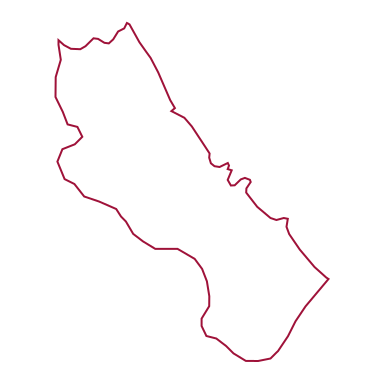 outline of Thongchon, Kangwŏn-do, North Korea
{"feature_id": "82179303B46927697528233", "entity_name": "Thongchon", "entity_type": "district", "adm_level": 2, "iso_a3": "PRK", "parent_name": "North Korea", "parent_adm1": "Kangwŏn-do", "projection": "robinson", "projection_center": [127.81, 38.946], "detail": "fine", "context": "isolated", "style": "outline", "palette": "rose", "viewbox_px": 384, "rotation_deg": 0, "n_neighbors": 0, "source": "geoboundaries", "source_scale": "gbopen_adm2", "svg_char_len": 1267}
<svg xmlns="http://www.w3.org/2000/svg" viewBox="0 0 384 384"><path d="M116.2,209.0L121.0,216.5L125.9,221.5L133.2,233.9L143.0,241.4L155.3,248.9L177.6,248.9L194.7,258.9L202.1,268.9L206.9,281.3L209.3,296.2L209.2,306.2L201.6,318.6L201.6,326.0L206.4,336.0L216.3,338.5L221.9,342.8L226.1,346.0L233.5,353.4L245.8,360.9L258.1,361.0L270.5,358.5L276.6,352.4L278.0,351.1L288.0,336.2L295.5,321.3L305.5,306.4L318.0,291.5L328.5,279.0L326.2,277.5L314.5,267.0L299.8,249.6L289.2,234.1L286.5,226.8L287.8,218.8L283.8,218.0L276.4,220.0L270.5,218.0L257.2,206.8L246.2,192.6L246.4,188.4L250.7,182.0L249.9,179.8L244.9,177.9L240.8,179.4L234.7,185.3L230.9,185.5L227.7,179.9L231.7,170.3L227.7,169.1L229.0,165.6L227.8,163.0L219.6,167.0L214.5,166.2L210.9,163.3L209.2,157.7L209.6,153.5L205.3,146.9L191.8,126.4L184.4,117.8L171.4,111.1L174.9,108.1L170.2,100.1L158.2,72.4L150.6,57.9L146.4,52.1L139.4,42.2L129.5,24.4L126.9,23.0L124.2,28.4L118.1,31.5L113.2,39.4L108.8,43.4L104.4,42.8L98.1,38.9L93.5,38.3L85.5,46.2L80.3,49.2L70.9,48.8L64.0,45.1L60.2,41.7L58.5,40.2L58.5,44.8L60.8,59.8L55.7,77.1L55.6,87.1L55.5,97.0L62.8,111.9L67.6,124.4L77.4,126.9L82.3,136.8L74.8,144.3L62.4,149.2L57.4,161.6L64.6,179.1L74.4,184.0L84.2,196.5L99.0,201.5L116.2,209.0Z" fill="none" stroke="#9f1239" stroke-width="2"/></svg>